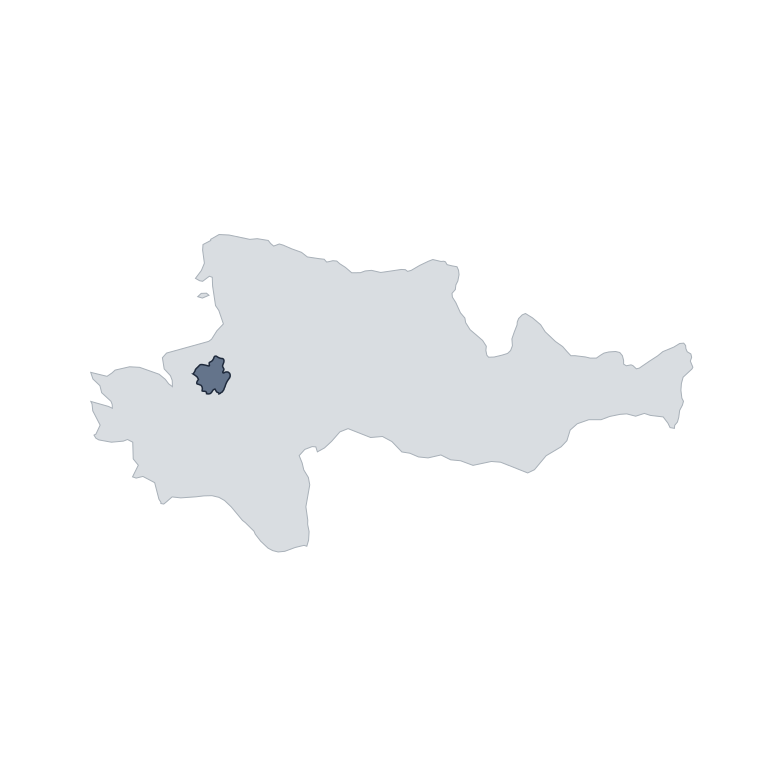 location of Pyongyang, P'yŏngyang, North Korea, rotated 49°
{"feature_id": "82179303B55999426557094", "entity_name": "Pyongyang", "entity_type": "district", "adm_level": 2, "iso_a3": "PRK", "parent_name": "North Korea", "parent_adm1": "P'yŏngyang", "projection": "albers", "projection_center": [125.792, 39.089], "detail": "fine", "context": "in_parent", "style": "filled", "palette": "slate", "viewbox_px": 768, "rotation_deg": 49, "n_neighbors": 0, "source": "geoboundaries", "source_scale": "gbopen_adm2", "svg_char_len": 4877}
<svg xmlns="http://www.w3.org/2000/svg" viewBox="0 0 768 768"><g transform="rotate(49 384 384)"><path d="M455.8,548.7L453.3,550.2L449.1,558.3L445.2,568.6L441.3,574.1L436.7,577.3L431.8,579.2L421.8,580.2L412.9,579.7L409.9,578.7L397.6,579.6L394.2,580.3L376.4,579.9L367.2,580.8L361.3,582.9L355.4,587.1L350.3,593.3L345.8,599.9L336.6,612.1L330.2,618.0L330.2,626.4L330.1,629.0L327.8,630.8L327.0,630.0L323.2,629.4L308.0,621.8L295.6,626.6L292.4,632.8L289.1,634.7L284.1,622.7L276.0,622.4L263.1,611.8L257.6,614.0L256.1,618.2L249.1,627.9L239.1,635.9L235.9,637.0L232.3,636.4L232.8,634.2L228.8,625.2L213.2,621.4L207.6,617.5L204.8,616.7L220.1,606.7L224.1,604.9L221.2,602.6L217.9,601.4L205.4,602.8L198.9,599.5L189.3,600.4L182.8,597.7L196.5,588.0L197.2,582.2L197.1,577.8L204.1,564.7L211.1,557.5L229.1,547.3L237.0,546.0L242.6,546.4L247.2,545.4L242.4,541.5L237.6,539.7L228.4,540.0L218.8,534.0L218.0,527.8L236.8,488.4L237.1,484.8L234.2,475.2L233.3,465.8L220.1,460.4L214.3,459.7L197.5,449.0L190.8,443.6L188.1,445.1L187.5,453.5L185.1,455.4L180.6,457.0L178.5,447.3L175.0,440.3L163.9,433.0L160.0,429.1L162.0,420.6L161.1,419.9L163.0,410.4L169.9,403.2L186.8,390.4L191.2,384.3L199.7,377.2L203.6,377.4L207.5,376.8L208.7,373.7L209.6,371.2L213.0,369.0L221.2,365.1L230.5,359.9L237.8,358.5L246.9,350.7L250.6,347.3L254.3,347.3L255.3,345.7L257.4,341.7L260.2,339.0L264.2,338.5L270.7,336.6L278.9,335.4L284.5,328.8L286.3,324.1L290.0,318.9L297.7,313.3L303.1,304.9L308.9,295.8L311.7,292.9L314.5,292.3L316.1,288.9L317.9,279.3L320.5,269.9L322.1,265.5L328.9,260.6L330.6,258.3L332.1,257.5L335.3,258.1L339.4,255.2L343.4,252.0L347.0,253.1L350.7,255.6L354.7,260.7L356.4,264.8L359.5,268.2L360.2,273.2L363.3,275.4L369.7,276.4L380.4,279.6L387.3,279.7L391.2,282.1L399.5,283.4L415.8,281.0L422.6,282.0L425.5,285.1L429.7,287.5L432.4,287.5L435.9,283.2L439.6,276.1L442.0,270.7L441.8,266.5L439.4,262.0L433.9,257.9L430.2,251.5L426.7,244.8L424.6,242.7L422.9,239.4L422.5,234.4L423.6,231.0L431.6,228.5L442.0,226.9L450.4,228.1L464.5,226.7L473.0,224.6L479.4,224.6L485.3,224.4L487.8,221.4L495.8,214.2L499.6,211.5L503.8,206.7L504.3,201.7L505.0,197.7L507.3,193.3L511.4,187.9L514.9,185.4L519.0,185.5L523.4,187.7L526.2,190.1L529.2,189.2L531.6,185.0L533.3,184.1L538.1,183.6L539.5,180.9L540.9,168.7L542.3,159.0L542.5,152.3L546.3,141.0L547.4,134.3L549.8,131.0L552.8,131.1L555.4,133.0L558.6,134.0L562.7,132.7L565.7,134.3L567.7,137.8L574.0,139.9L574.7,141.7L575.1,153.8L578.8,159.3L583.6,164.1L590.1,168.5L593.5,169.3L595.7,172.6L597.9,178.2L602.6,183.5L605.2,187.5L605.9,191.7L608.0,193.9L604.6,196.7L599.8,195.4L592.0,194.9L582.4,203.6L577.0,206.8L573.4,215.2L565.8,220.4L561.8,225.7L556.6,234.9L553.3,243.7L545.3,252.9L540.8,264.2L540.9,273.7L546.8,283.2L547.6,291.5L544.5,308.7L547.4,326.7L545.4,333.9L519.5,347.3L512.9,353.8L503.8,370.2L492.1,376.6L485.0,383.4L474.9,387.6L468.7,399.2L461.7,405.8L453.2,409.9L447.0,415.1L432.6,415.8L422.6,419.6L415.6,429.2L394.1,440.4L391.2,448.7L392.9,461.2L393.2,470.9L391.5,478.8L386.7,476.7L384.1,479.3L381.4,486.7L382.4,495.0L389.9,497.6L396.2,500.9L404.9,502.4L411.4,506.2L425.4,523.5L436.8,530.9L439.8,533.7L446.3,537.4L452.4,543.4L455.8,548.7ZM200.0,464.7L195.9,467.3L195.7,462.5L199.0,458.4L202.2,457.9L200.0,464.7Z" fill="#d9dde1" stroke="#a8b0b8" stroke-width="1"/><path d="M251.1,521.5L251.4,521.4L252.4,521.2L253.3,520.9L256.0,520.4L257.6,520.7L258.1,520.8L258.8,521.0L259.3,523.0L259.8,524.0L260.5,524.8L261.4,525.0L262.9,524.0L263.9,523.5L264.8,523.0L265.8,523.0L267.0,523.3L268.2,524.0L269.8,525.8L270.8,525.3L271.3,524.6L272.7,523.5L273.9,523.5L274.9,524.3L276.1,523.3L277.1,521.8L277.3,520.7L277.1,519.2L276.6,517.7L276.4,516.4L276.9,514.9L278.1,515.1L279.3,515.4L280.7,515.4L282.1,514.6L283.1,514.9L283.2,515.0L283.6,513.9L283.6,512.6L283.9,511.2L283.5,509.8L283.2,508.5L282.6,507.7L281.7,505.7L280.6,504.0L279.7,502.1L279.1,500.6L278.7,499.2L278.4,497.8L278.2,497.2L278.1,496.5L277.9,496.5L277.7,496.0L277.5,495.4L277.2,495.0L276.3,494.2L275.6,493.8L274.6,493.5L272.9,493.8L272.5,494.0L271.7,494.8L271.1,495.6L270.9,496.1L270.6,497.0L270.6,497.6L270.2,498.0L269.8,498.2L269.4,498.0L269.1,497.8L268.9,497.2L268.5,496.1L268.1,495.4L267.8,495.1L267.5,495.0L267.4,494.9L267.0,494.8L265.5,494.5L265.0,494.3L264.6,494.1L264.0,493.4L262.5,490.6L262.4,490.5L261.7,489.7L261.2,489.3L260.8,489.1L260.1,488.9L259.7,488.9L259.0,489.1L258.7,489.3L258.2,489.8L257.4,490.5L256.0,491.3L255.0,491.7L253.0,492.3L252.7,492.5L252.3,493.1L252.1,493.4L252.1,494.2L252.5,495.1L252.9,495.7L253.3,496.7L253.5,497.4L253.7,498.0L253.7,498.4L253.7,499.3L253.2,501.6L253.2,501.8L253.4,502.1L254.3,502.9L255.3,503.4L255.6,503.8L255.6,504.1L255.5,504.3L255.2,504.6L252.6,506.4L250.1,508.4L249.4,509.2L249.1,509.6L249.0,509.8L248.8,510.6L249.0,512.7L249.1,514.0L249.1,514.8L249.2,515.6L249.2,516.1L249.6,517.3L249.8,517.5L250.3,518.4L251.2,521.3L251.1,521.5Z" fill="#64748b" stroke="#1e293b" stroke-width="1.5"/></g></svg>